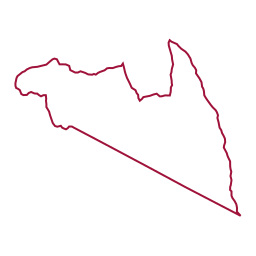 Água Doce do Maranhão, Maranhão, Brazil (orthographic projection), rotated 270°
{"feature_id": "56859067B66472645750335", "entity_name": "Água Doce do Maranhão", "entity_type": "district", "adm_level": 2, "iso_a3": "BRA", "parent_name": "Brazil", "parent_adm1": "Maranhão", "projection": "orthographic", "projection_center": [-42.139, -2.924], "detail": "fine", "context": "isolated", "style": "outline", "palette": "rose", "viewbox_px": 256, "rotation_deg": 270, "n_neighbors": 0, "source": "geoboundaries", "source_scale": "gbopen_adm2", "svg_char_len": 2096}
<svg xmlns="http://www.w3.org/2000/svg" viewBox="0 0 256 256"><g transform="rotate(270 128 128)"><path d="M40.2,240.6L44.3,236.9L48.2,237.0L51.8,236.3L54.8,234.7L58.1,232.4L60.3,231.5L64.6,231.5L66.1,230.1L69.1,230.2L71.0,230.8L75.9,231.5L79.9,230.5L84.4,231.3L86.6,230.6L89.4,230.2L94.7,230.1L97.5,228.7L100.2,227.5L102.8,226.8L108.5,223.8L110.5,224.1L113.8,225.2L117.4,224.9L120.8,223.3L122.8,222.1L125.9,221.2L128.3,219.6L134.0,218.5L138.1,217.4L140.7,218.0L143.7,216.9L145.8,215.7L148.5,212.9L151.2,210.7L156.2,207.1L158.3,205.7L160.7,204.3L165.0,203.9L167.5,203.2L169.3,202.1L173.8,201.5L177.7,199.4L182.6,196.0L185.9,196.2L188.4,194.8L190.7,192.8L192.9,191.7L197.5,190.4L201.7,187.8L204.4,185.4L207.3,181.2L210.2,178.3L211.9,177.0L214.3,171.5L215.8,169.7L213.4,168.6L210.4,168.8L200.1,171.8L196.6,172.1L191.6,173.1L186.9,171.8L183.6,171.4L181.4,170.6L175.1,171.7L173.2,171.7L170.8,172.1L168.7,170.9L164.2,170.7L160.5,169.8L160.6,165.0L159.7,161.7L159.7,159.7L162.3,156.7L161.5,153.5L160.2,150.0L158.9,143.4L156.9,141.8L155.3,139.8L157.9,138.4L161.2,138.1L162.8,136.7L165.8,135.5L168.2,131.7L172.5,129.8L178.1,127.0L182.3,125.5L184.8,124.8L188.4,124.0L192.4,122.9L190.0,121.2L189.8,119.0L189.3,116.8L187.9,112.6L188.0,109.3L187.7,107.1L185.7,104.6L184.1,100.1L183.2,98.2L181.4,95.8L182.0,93.9L181.3,92.1L181.6,88.2L183.2,85.0L184.7,80.5L183.5,77.9L183.5,75.1L185.9,70.3L190.1,69.2L191.6,65.8L191.7,59.5L196.7,56.9L197.4,54.5L196.7,52.6L194.5,49.9L191.4,46.4L189.2,37.4L188.7,32.1L188.0,29.8L186.6,26.9L184.7,24.6L183.9,22.5L179.9,17.5L177.9,16.5L172.6,15.4L170.0,15.5L168.0,16.2L167.2,18.0L165.9,19.8L162.0,21.3L160.9,23.4L161.1,26.9L163.0,28.7L164.0,31.1L162.5,34.6L162.4,37.2L160.8,39.1L159.7,41.0L160.8,43.4L160.8,45.8L157.4,46.2L155.2,46.0L151.8,46.4L148.9,46.4L146.5,47.9L144.4,49.1L140.7,50.1L136.9,51.4L132.9,52.8L130.0,55.0L129.3,57.3L130.2,60.8L128.4,62.1L127.4,64.1L126.7,66.0L127.8,67.7L129.5,69.1L129.5,71.8L127.9,74.7L115.8,97.7L106.3,115.6L100.5,126.5L98.8,129.7L95.0,136.8L81.9,161.3L74.5,175.0L68.9,185.4L40.2,240.6Z" fill="none" stroke="#9f1239" stroke-width="2"/></g></svg>